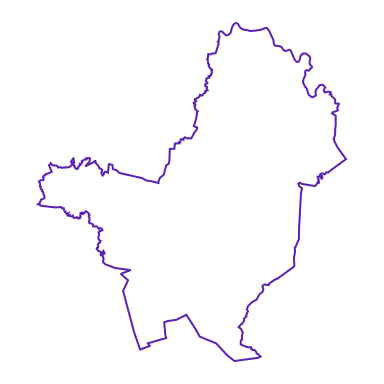 Coyuca de Catalán, Guerrero, Mexico
{"feature_id": "50627088B15747692686260", "entity_name": "Coyuca de Catalán", "entity_type": "district", "adm_level": 2, "iso_a3": "MEX", "parent_name": "Mexico", "parent_adm1": "Guerrero", "projection": "albers", "projection_center": [-101.014, 18.091], "detail": "fine", "context": "isolated", "style": "outline", "palette": "violet", "viewbox_px": 384, "rotation_deg": 0, "n_neighbors": 0, "source": "geoboundaries", "source_scale": "gbopen_adm2", "svg_char_len": 5826}
<svg xmlns="http://www.w3.org/2000/svg" viewBox="0 0 384 384"><path d="M234.4,361.0L257.7,357.9L260.6,356.6L258.1,354.2L256.7,353.7L256.1,351.8L255.1,350.5L254.1,349.9L253.1,350.2L251.3,349.2L251.7,348.6L251.1,347.2L248.2,347.4L242.5,345.3L240.7,344.2L240.8,340.4L242.1,339.6L241.9,336.3L242.7,332.5L241.0,328.9L238.6,327.1L241.1,324.3L242.2,323.8L242.6,322.7L243.7,321.7L244.3,320.2L243.9,318.7L246.5,316.3L246.1,315.5L246.8,314.2L246.7,313.5L248.0,311.4L246.8,309.4L248.0,306.1L252.1,302.1L256.7,299.5L259.5,294.2L262.4,292.1L263.4,289.3L262.4,286.0L264.4,284.4L268.7,285.2L269.5,283.3L276.0,278.9L276.8,279.1L293.4,267.1L294.4,265.5L293.9,258.1L295.0,251.8L294.8,247.4L295.5,247.1L298.9,239.1L299.1,227.8L301.0,193.0L302.1,188.4L299.3,186.3L298.3,183.8L299.9,182.6L301.0,183.6L302.7,184.0L315.0,186.1L317.1,183.6L317.4,182.8L318.6,183.0L319.1,182.6L319.0,182.0L317.9,181.6L318.9,179.8L318.0,178.8L317.6,176.7L321.1,177.0L321.5,178.6L322.4,178.1L321.9,176.0L320.9,175.0L320.0,175.2L319.8,174.7L321.6,173.4L322.6,173.4L324.4,174.4L325.4,173.8L326.0,172.5L328.7,172.4L329.4,171.3L346.0,159.1L337.6,147.6L334.3,141.1L333.7,138.1L334.5,137.0L335.2,133.5L335.2,128.5L335.7,125.6L335.7,115.7L332.0,113.4L333.0,112.0L334.7,111.7L337.9,110.3L337.2,107.6L338.8,104.3L338.7,103.6L336.1,103.6L335.1,103.2L335.2,99.8L334.0,98.2L331.7,96.5L331.3,94.5L329.8,94.4L330.8,92.5L330.6,92.1L328.4,91.6L324.7,92.4L323.7,90.6L325.2,87.4L323.4,85.4L322.4,84.8L321.0,84.8L319.4,85.3L318.2,87.3L316.2,89.4L315.6,91.3L315.9,95.5L312.9,97.1L311.4,97.0L308.4,94.3L306.8,88.5L305.0,86.7L303.0,82.1L303.5,79.2L305.5,74.6L305.0,72.6L305.3,71.1L306.3,70.1L308.7,70.7L309.7,69.7L310.0,68.7L310.8,68.6L312.0,67.3L311.5,65.9L310.0,64.7L309.6,63.8L309.6,61.1L310.3,58.3L309.6,56.4L306.1,53.7L304.6,53.4L302.6,53.7L300.6,55.8L299.5,60.6L298.4,61.9L297.1,61.9L295.8,61.1L294.4,59.1L290.5,50.2L289.0,49.8L286.3,50.9L284.9,50.9L283.2,49.7L281.4,46.9L278.0,45.9L275.1,45.7L274.4,45.1L273.8,43.5L273.4,40.0L269.3,31.2L267.1,28.2L265.8,27.8L261.8,29.5L254.8,30.7L250.1,31.0L247.2,30.1L244.3,29.8L241.8,28.8L240.2,27.6L237.8,23.7L235.9,23.0L234.6,23.6L233.3,24.9L232.0,27.6L230.5,33.1L227.8,35.2L227.0,35.4L225.4,34.9L222.3,31.7L220.6,31.3L219.6,31.7L218.6,34.1L219.6,37.0L218.4,41.2L217.2,42.6L218.6,41.7L218.6,43.7L215.8,52.8L214.6,53.4L211.6,53.7L210.3,54.4L208.2,54.1L208.0,57.8L207.1,58.9L207.7,59.6L208.2,63.7L208.8,63.9L209.1,64.7L208.7,66.0L209.9,67.9L212.1,69.9L211.5,70.3L211.8,70.6L211.6,70.9L212.0,72.7L210.8,74.5L211.2,74.9L210.1,76.0L208.9,76.1L209.5,76.9L209.2,77.8L206.7,78.2L206.5,79.3L205.8,80.2L205.8,81.0L207.5,83.0L207.2,83.6L205.4,84.0L205.1,85.2L205.4,86.3L207.0,86.8L206.6,88.6L207.6,90.3L205.2,91.1L205.5,92.5L203.6,93.5L202.6,95.2L201.8,95.7L200.1,94.7L199.2,96.9L197.8,97.8L197.0,97.8L196.0,99.0L194.8,99.2L194.9,100.2L196.1,101.2L194.0,102.5L194.8,103.8L194.1,103.7L195.1,105.6L194.4,106.2L195.3,108.4L195.2,108.9L196.7,110.6L197.8,111.3L196.8,112.4L197.1,113.5L195.8,120.0L193.9,126.3L197.1,127.5L196.7,129.7L194.3,132.7L191.4,138.3L187.2,138.3L184.8,137.3L183.7,138.4L183.5,139.8L181.2,139.1L180.5,139.9L180.5,141.8L178.8,142.3L179.3,143.3L174.9,143.5L174.4,148.8L169.8,148.9L169.4,160.9L168.5,164.0L166.2,165.4L163.7,174.9L160.0,177.7L158.3,181.8L158.5,183.0L150.3,181.0L146.5,180.6L142.1,178.1L120.8,173.3L118.7,172.5L117.0,170.4L112.9,169.1L112.5,165.1L109.2,164.0L108.8,164.5L108.0,172.7L105.3,171.6L104.0,172.9L103.9,174.1L102.7,175.5L101.6,173.9L101.3,172.4L101.8,171.9L102.2,169.8L100.5,168.5L99.5,168.4L98.1,165.5L95.8,163.2L95.4,161.0L94.6,161.1L94.3,161.9L85.2,166.4L89.5,161.7L90.1,158.4L88.5,158.0L87.3,158.1L86.9,158.8L86.7,158.3L86.1,158.2L85.9,158.9L84.9,159.7L84.3,159.6L82.1,161.1L82.5,161.4L82.3,161.8L81.7,161.8L81.9,162.7L81.6,163.4L80.8,164.1L80.0,163.9L80.2,164.9L79.8,164.8L78.8,166.1L78.7,166.8L78.1,167.2L78.0,168.4L77.0,169.0L76.4,168.8L75.3,168.3L75.3,167.5L74.4,166.8L74.6,166.0L73.7,165.5L73.7,163.7L74.3,162.1L73.5,159.9L73.6,158.3L73.3,158.3L71.1,161.4L72.0,162.3L71.5,162.8L72.2,163.5L73.0,163.7L73.1,164.2L71.4,165.2L70.3,166.5L68.1,167.4L66.3,167.2L65.6,167.7L64.4,167.4L61.7,167.9L60.0,167.0L58.4,167.6L56.5,165.5L52.6,165.4L50.7,163.2L50.3,164.1L49.0,165.1L51.7,171.9L47.2,173.8L45.5,174.1L45.0,175.4L43.5,175.9L43.0,176.7L43.0,177.5L43.8,178.3L43.6,179.7L42.6,180.3L40.9,180.2L38.9,181.5L40.0,183.3L40.2,185.4L39.8,186.5L40.9,186.9L40.7,188.8L41.9,189.7L42.0,191.0L42.5,190.8L43.4,192.7L43.2,193.7L44.2,195.2L44.2,196.3L44.7,197.1L43.9,198.6L41.0,199.7L39.7,203.1L38.0,204.2L40.2,205.0L40.6,205.7L54.8,207.4L61.5,207.1L62.1,208.3L63.7,208.2L64.0,210.2L64.4,210.4L64.7,211.6L65.8,212.2L65.6,212.6L66.1,213.2L67.0,213.7L68.1,213.2L67.2,214.6L67.5,215.5L68.7,215.2L68.5,215.4L69.0,215.9L70.0,215.8L71.4,216.5L72.9,215.6L73.4,217.6L73.8,217.9L75.4,217.8L76.9,217.2L77.3,218.0L78.5,218.5L79.5,218.3L79.0,217.8L79.8,217.7L79.8,217.3L80.6,216.6L80.2,215.6L80.8,213.8L80.5,213.2L81.3,212.8L81.6,213.8L82.2,213.9L81.9,213.5L82.3,212.6L84.4,213.1L85.8,211.2L86.3,211.3L89.0,213.7L88.8,214.5L89.3,215.1L88.8,215.3L88.7,216.5L89.4,217.4L89.2,218.3L89.7,219.7L88.9,221.1L89.2,222.9L90.7,223.3L93.0,224.5L93.1,226.4L96.9,226.4L99.1,229.2L99.4,228.4L100.2,228.1L101.4,228.5L102.3,229.6L102.5,230.0L98.6,232.2L99.1,234.6L98.3,237.9L98.7,239.6L100.5,240.8L100.0,241.3L100.1,242.4L98.5,243.4L97.9,244.6L98.2,246.3L98.0,247.5L97.1,247.7L96.6,248.4L96.9,249.2L98.8,251.3L99.8,251.4L100.7,252.0L100.8,254.2L103.4,250.9L104.6,253.4L101.4,255.1L103.1,256.4L103.1,257.8L103.7,258.9L102.9,261.5L103.7,262.8L105.3,264.3L115.5,268.1L130.7,270.1L121.4,273.6L121.1,274.2L128.1,280.3L123.1,290.8L134.1,332.3L140.2,349.6L149.7,345.9L147.9,343.3L166.2,338.0L165.4,335.4L164.2,322.2L167.6,321.1L176.3,319.8L186.4,314.8L195.4,328.9L199.7,336.6L216.2,343.4L227.4,355.5L234.4,361.0Z" fill="none" stroke="#5b21b6" stroke-width="2"/></svg>